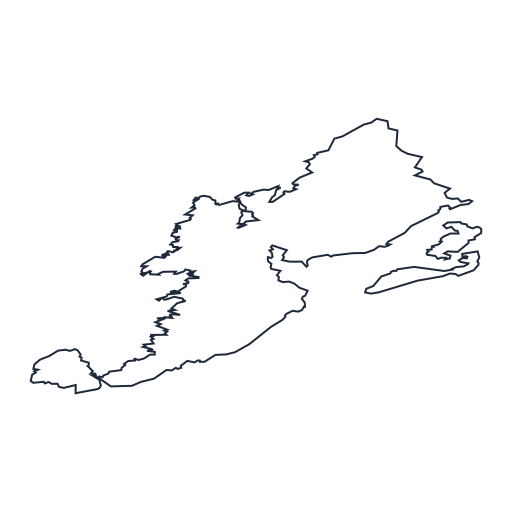 the district of Sømna nor, Nordland, Norway
{"feature_id": "86288312B60558696179500", "entity_name": "Sømna nor", "entity_type": "district", "adm_level": 2, "iso_a3": "NOR", "parent_name": "Norway", "parent_adm1": "Nordland", "projection": "natural_earth1", "projection_center": [12.23, 65.321], "detail": "fine", "context": "isolated", "style": "outline", "palette": "slate", "viewbox_px": 512, "rotation_deg": 0, "n_neighbors": 0, "source": "geoboundaries", "source_scale": "gbopen_adm2", "svg_char_len": 6085}
<svg xmlns="http://www.w3.org/2000/svg" viewBox="0 0 512 512"><path d="M306.3,168.4L312.1,172.5L299.5,177.7L292.4,183.2L293.2,184.4L298.8,184.7L294.9,185.8L293.4,188.2L296.1,189.2L289.9,191.8L284.3,191.3L283.3,192.4L284.4,194.0L272.7,201.9L269.3,201.9L272.2,197.1L274.8,195.3L276.2,190.1L280.7,187.6L277.6,187.7L278.3,186.1L268.6,190.0L263.9,189.6L253.7,191.8L251.1,193.6L252.9,194.4L248.9,196.0L246.3,195.3L248.7,192.7L244.4,192.6L235.2,197.4L235.6,198.7L239.0,198.5L237.8,200.3L239.4,200.0L241.4,204.2L245.9,207.4L245.6,210.1L243.6,211.1L251.8,211.8L253.1,213.1L252.1,214.4L253.0,215.6L252.4,216.4L258.4,220.1L245.8,221.5L243.5,223.7L245.7,224.9L238.7,227.8L237.9,227.6L242.5,224.1L237.9,223.6L239.1,222.7L240.1,217.8L242.5,215.2L241.3,212.2L242.9,210.2L239.6,208.8L238.7,204.8L239.8,202.9L238.6,201.6L232.4,201.2L219.0,205.0L217.9,203.4L216.6,204.4L215.2,204.0L217.3,203.7L215.3,203.5L215.4,200.5L212.3,199.6L209.9,196.9L203.7,195.8L200.1,196.5L199.0,198.0L195.7,197.6L193.9,199.8L197.2,199.9L193.0,202.6L194.5,205.2L191.7,207.5L194.7,207.3L195.4,208.4L185.1,214.5L192.6,215.3L189.7,217.9L190.8,218.8L190.2,219.9L176.0,224.0L177.6,225.4L174.9,226.5L179.7,226.1L180.3,228.5L175.4,228.2L174.1,230.2L177.0,230.1L177.0,231.8L172.8,232.8L171.3,235.6L176.5,237.4L179.9,236.6L175.6,239.0L176.6,240.4L178.7,240.3L178.2,241.2L172.4,242.2L170.3,244.5L173.1,245.1L173.1,247.0L178.6,247.0L175.7,248.4L180.1,247.9L177.4,250.1L173.2,250.6L175.0,251.0L173.1,252.3L168.1,251.1L167.2,251.6L167.7,252.7L165.3,253.7L169.9,254.8L161.5,255.0L166.6,256.5L161.9,257.2L165.3,257.9L155.2,256.8L142.6,264.3L141.3,266.2L146.6,266.3L142.6,268.7L141.4,271.4L142.7,272.6L140.0,274.2L144.5,273.1L142.4,275.3L143.2,275.7L149.7,271.0L150.9,271.4L149.7,272.9L150.2,274.2L158.9,274.7L158.2,274.0L163.1,271.8L175.8,271.6L174.2,273.8L176.7,273.9L184.1,271.3L185.4,269.5L190.2,270.5L189.8,272.0L194.5,271.3L192.2,273.5L188.6,273.4L187.6,273.8L188.9,274.9L188.7,273.7L192.1,273.6L192.7,274.2L190.6,275.7L188.4,275.3L198.6,277.1L198.5,278.0L188.2,278.4L185.5,280.4L188.3,281.6L188.3,282.9L182.9,284.2L186.3,284.2L185.9,286.4L177.7,291.6L174.2,290.7L170.0,292.0L177.3,291.7L180.7,293.1L167.5,294.4L166.6,296.5L156.6,299.3L159.0,300.7L161.4,298.4L163.3,298.0L163.7,299.5L165.7,299.6L174.3,296.8L182.7,298.6L183.9,300.2L182.3,300.9L185.8,300.9L177.2,303.2L171.4,308.5L174.9,310.0L167.6,310.9L180.2,314.9L172.6,314.3L170.3,314.7L171.4,316.5L168.7,316.3L170.8,316.8L172.0,317.9L163.5,317.1L165.3,317.9L156.9,318.4L162.9,319.2L155.5,322.2L160.6,324.1L157.0,325.8L167.3,329.7L164.4,330.6L167.0,331.7L164.9,333.3L166.4,334.8L150.2,334.9L154.7,335.5L150.9,336.8L153.5,338.9L150.9,339.8L153.5,343.5L143.7,344.7L145.4,346.3L143.3,347.0L151.5,349.0L152.1,349.5L147.0,350.8L154.8,351.9L154.7,354.6L150.2,354.6L143.6,358.7L138.2,360.0L135.3,358.9L136.0,358.5L134.4,359.1L134.9,360.5L128.3,361.0L124.0,364.0L125.2,365.1L121.6,367.9L121.2,370.1L109.2,371.7L108.4,373.5L103.4,375.5L102.5,377.3L98.5,376.3L99.6,377.1L97.9,377.4L110.9,386.4L131.9,385.8L141.2,381.8L153.9,378.7L166.5,370.0L171.8,370.4L175.8,367.8L177.6,368.9L181.2,367.8L180.8,365.8L187.3,360.9L194.5,362.4L197.9,360.4L199.8,360.6L199.9,361.8L204.5,361.8L215.4,354.9L226.3,354.4L235.0,352.2L249.1,344.3L271.1,326.8L282.4,319.9L285.4,316.8L284.9,315.5L286.5,313.8L292.6,310.8L298.3,311.6L302.0,310.0L303.9,306.7L305.0,306.8L304.7,302.5L301.9,298.9L302.8,296.8L305.2,295.6L307.6,290.7L299.4,287.7L294.5,283.7L289.3,281.6L282.8,282.1L278.4,280.4L278.9,277.0L276.9,275.2L280.4,270.8L271.2,268.9L270.6,267.4L271.4,263.8L268.3,261.6L267.7,259.1L268.0,257.1L271.1,258.0L272.6,256.7L271.7,252.6L269.5,250.5L272.9,249.3L270.8,247.0L272.3,245.4L286.8,250.2L282.7,255.4L284.0,257.3L282.1,260.1L289.9,261.7L301.7,261.6L306.5,266.8L307.7,265.5L306.9,262.2L307.6,260.1L312.3,257.4L327.7,254.8L331.3,256.7L332.9,255.5L352.5,253.2L365.1,253.0L373.9,249.9L379.1,246.2L384.8,246.8L388.7,245.4L390.2,244.5L386.5,244.0L388.0,241.8L404.8,232.8L411.0,226.1L437.8,213.0L438.8,211.8L438.3,210.4L440.3,209.1L440.4,206.9L448.0,205.5L450.3,207.7L449.4,208.3L450.0,209.3L460.5,205.0L468.5,204.0L472.1,201.2L469.1,199.9L461.2,201.8L457.9,198.5L451.8,198.9L446.9,197.5L444.6,192.9L450.0,188.6L434.1,183.3L430.4,179.5L414.9,175.4L422.5,171.5L421.6,169.7L414.9,167.4L422.0,157.1L407.7,153.8L401.5,150.7L396.3,146.1L397.5,130.5L388.5,128.4L387.5,121.2L376.6,118.8L371.3,122.6L363.7,124.6L342.2,136.5L334.4,138.6L328.4,150.3L317.2,152.9L317.5,154.3L313.9,155.1L314.8,156.9L312.5,158.7L305.2,161.3L309.0,162.4L309.8,164.3L306.3,168.4ZM77.6,350.3L74.9,349.1L70.0,350.9L65.4,349.7L57.9,350.7L49.3,356.0L40.1,359.6L34.4,364.5L33.4,368.9L37.9,369.7L34.2,371.3L35.7,372.6L32.2,374.6L30.7,381.0L33.3,382.8L43.8,381.8L44.8,383.4L48.6,382.0L52.0,383.9L57.5,383.7L58.9,386.8L63.8,387.9L75.7,385.0L75.6,393.2L97.9,389.0L99.9,387.5L100.8,385.4L99.3,379.7L95.6,377.5L97.6,377.3L92.8,375.6L95.8,374.8L95.0,373.6L90.6,373.7L92.8,371.1L87.6,366.0L88.7,365.5L88.8,362.7L81.1,360.5L81.7,357.7L79.6,356.7L80.6,354.5L77.6,350.3ZM458.2,275.9L473.6,270.3L478.4,264.9L478.6,263.0L477.3,261.4L479.3,257.4L477.6,251.4L462.2,253.9L462.4,256.6L466.2,256.2L467.4,256.8L466.9,258.3L462.5,258.1L458.8,260.3L460.6,262.0L468.4,263.3L467.9,264.2L463.7,266.4L456.1,267.1L451.8,269.0L452.4,269.6L444.2,271.0L414.2,266.9L397.3,269.3L396.3,270.9L393.5,270.8L390.9,271.9L390.4,273.4L381.3,276.5L373.3,286.0L366.3,288.8L365.1,292.4L371.2,293.6L378.8,292.3L417.7,280.6L442.9,276.2L450.0,273.5L455.8,274.1L458.2,275.9ZM460.4,222.1L447.7,222.5L443.2,225.5L446.5,228.4L451.3,226.8L454.9,230.6L457.6,230.9L458.4,233.5L450.4,233.5L443.3,236.7L440.7,238.9L441.2,240.6L440.1,241.3L441.6,241.8L438.9,244.3L432.4,246.2L433.0,246.8L431.9,246.8L431.6,249.5L427.2,249.9L427.9,251.7L426.8,252.0L427.9,252.0L426.6,253.2L427.0,254.7L435.4,256.0L437.8,258.9L441.0,257.7L446.0,257.8L445.0,259.4L449.9,258.4L450.5,255.7L444.2,253.4L447.7,251.4L457.6,251.9L468.6,242.9L468.5,240.5L474.9,239.3L474.5,237.1L481.1,233.1L481.3,229.1L479.6,227.5L477.0,226.8L472.6,228.4L467.4,226.4L466.7,224.4L461.3,223.5L460.4,222.1Z" fill="none" stroke="#1e293b" stroke-width="2"/></svg>